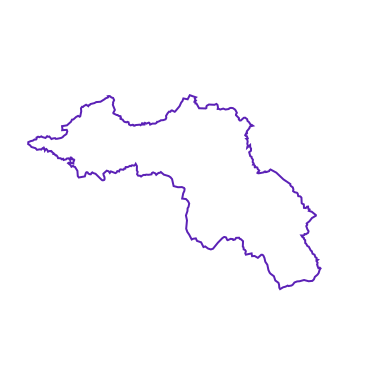 Chu Pah, Gia Lai, Vietnam, rotated 228°
{"feature_id": "81297802B21786246689715", "entity_name": "Chu Pah", "entity_type": "district", "adm_level": 2, "iso_a3": "VNM", "parent_name": "Vietnam", "parent_adm1": "Gia Lai", "projection": "mercator", "projection_center": [108.007, 14.222], "detail": "fine", "context": "isolated", "style": "outline", "palette": "violet", "viewbox_px": 384, "rotation_deg": 228, "n_neighbors": 0, "source": "geoboundaries", "source_scale": "gbopen_adm2", "svg_char_len": 6092}
<svg xmlns="http://www.w3.org/2000/svg" viewBox="0 0 384 384"><g transform="rotate(228 192 192)"><path d="M338.6,103.7L337.2,102.3L335.2,102.9L332.9,102.8L329.3,105.0L327.1,105.0L325.4,107.7L324.4,108.3L324.5,110.3L323.6,110.6L323.9,111.5L322.4,111.2L321.3,110.5L321.6,111.7L321.4,112.5L319.7,112.5L318.3,112.0L317.8,113.5L316.8,114.7L316.3,114.5L315.8,114.9L314.9,114.7L313.7,115.1L313.0,114.4L312.2,115.2L310.5,115.1L310.0,115.8L308.2,115.7L306.8,115.1L304.9,117.0L303.6,117.0L303.0,118.4L301.7,118.0L300.5,120.3L300.6,121.4L299.6,122.8L297.5,122.8L297.2,123.6L297.4,124.2L298.5,124.4L298.8,124.9L298.2,125.4L296.0,125.2L295.4,125.9L294.6,125.9L293.5,123.7L292.6,122.9L294.6,121.5L295.7,121.7L295.4,120.7L296.3,119.8L296.3,119.2L293.2,119.7L291.4,119.3L291.0,121.1L289.8,121.2L288.9,121.8L284.4,121.0L280.3,117.8L278.5,117.6L275.3,122.8L277.1,125.7L277.3,126.8L276.5,127.5L274.9,127.3L273.3,128.1L272.9,128.7L273.4,130.3L273.2,131.1L272.3,131.2L270.1,132.5L261.6,133.0L260.7,133.2L260.1,133.9L259.7,134.9L260.1,135.7L261.6,136.9L263.7,137.6L264.9,138.4L264.9,142.9L263.2,143.9L261.2,143.7L261.6,145.5L257.3,147.7L257.0,148.9L257.5,150.5L256.0,151.6L256.7,152.7L256.8,153.8L254.4,156.0L254.7,157.3L254.0,158.1L254.9,159.4L253.5,160.9L252.9,163.5L252.0,164.0L252.0,165.3L250.3,166.7L250.2,167.9L250.6,169.0L248.1,168.4L244.9,165.4L243.3,165.1L242.0,163.1L240.2,162.9L238.8,164.3L237.6,164.5L237.4,166.5L236.9,167.7L235.8,168.7L235.7,169.4L233.8,171.3L232.2,173.7L232.9,174.9L232.6,176.2L230.3,177.2L228.7,176.9L228.6,179.9L227.8,180.8L227.7,182.2L223.7,182.7L219.5,185.3L217.3,185.9L214.9,185.8L208.7,182.3L204.9,184.8L202.4,187.8L200.3,188.8L199.3,188.6L197.9,187.0L196.9,184.6L193.7,180.3L190.8,182.8L187.8,182.9L185.3,182.2L183.3,179.5L182.8,177.8L180.9,175.9L178.6,171.8L174.3,169.3L168.6,163.1L165.4,161.8L162.3,161.4L156.9,160.0L156.5,161.5L155.0,163.8L152.3,163.0L148.5,165.1L143.4,163.7L142.7,165.4L139.2,166.1L136.7,167.6L135.8,169.7L137.0,177.3L137.4,183.5L137.2,185.4L136.7,186.2L135.4,186.9L132.9,186.1L132.3,186.3L131.3,189.4L129.7,190.8L129.0,190.5L128.6,190.7L127.9,192.3L128.4,194.1L126.5,196.4L125.3,196.1L124.5,196.7L121.3,197.0L117.4,193.2L116.5,193.3L114.8,192.0L113.6,192.6L112.3,192.5L111.8,192.2L110.8,190.6L109.4,190.1L106.5,195.2L104.1,193.7L102.6,195.7L99.0,196.9L99.0,201.5L98.2,202.3L97.1,202.5L94.5,201.7L91.1,199.8L87.5,199.3L82.9,196.6L80.0,195.7L78.6,195.7L74.6,196.5L70.5,194.7L66.7,195.5L64.9,194.7L62.4,192.8L60.9,192.5L60.2,196.0L59.1,198.1L58.4,200.5L57.5,200.8L55.9,203.4L55.7,204.9L56.2,207.6L55.2,210.3L53.7,212.2L51.6,216.4L47.6,219.0L45.4,222.0L45.5,224.1L46.7,226.5L46.6,230.0L47.0,231.8L48.8,234.8L49.2,236.4L50.3,236.3L50.9,235.0L53.1,235.8L53.6,236.3L54.3,236.3L55.4,238.0L57.4,238.3L57.4,240.2L58.6,239.4L59.7,240.5L61.1,240.1L63.4,241.1L65.5,240.3L67.8,241.4L69.0,241.1L73.2,242.2L74.6,241.6L77.2,242.2L78.3,242.0L80.5,243.9L81.8,243.7L83.0,244.4L84.4,243.9L86.5,244.2L85.2,245.6L84.9,246.6L85.4,247.5L84.4,248.4L84.0,251.0L84.9,252.4L87.1,252.8L90.2,254.1L90.5,255.7L91.9,256.2L91.7,259.8L92.4,263.7L91.5,268.1L91.9,268.6L97.2,267.8L99.8,266.2L100.4,267.7L101.7,267.2L103.5,268.5L104.1,267.7L103.9,265.8L105.3,264.6L108.0,266.8L109.5,266.1L110.4,266.1L114.5,269.5L115.5,269.6L116.3,269.5L117.8,268.2L120.2,269.5L121.2,269.5L123.2,268.1L125.0,267.7L126.1,269.1L128.0,270.0L130.3,269.5L131.4,269.7L132.1,270.4L140.2,268.4L150.0,267.6L156.2,265.4L156.3,264.3L155.9,263.3L157.0,260.7L157.4,260.2L157.7,260.5L158.1,260.3L158.7,259.5L158.6,258.4L160.7,254.9L161.6,253.7L162.4,253.4L162.7,254.2L162.4,254.8L162.9,256.3L165.1,256.2L166.5,256.9L167.5,256.3L168.3,255.2L168.7,255.3L169.3,256.3L170.8,256.3L171.5,255.7L172.0,257.0L173.6,257.1L175.3,258.9L177.3,259.1L178.3,259.8L179.7,259.3L183.3,261.1L183.2,263.4L184.7,264.9L186.3,265.2L188.0,266.6L188.0,262.7L188.5,263.3L188.5,264.1L191.0,265.5L192.1,267.0L193.9,268.1L195.2,268.0L194.6,269.3L196.7,270.1L197.7,269.5L198.6,269.5L199.3,271.4L198.8,271.6L198.8,272.2L200.4,273.3L201.0,277.4L201.5,277.9L201.8,279.2L200.5,281.6L201.9,281.3L202.8,280.6L205.8,281.1L207.7,280.8L209.2,281.7L211.7,281.2L212.5,280.1L212.5,276.1L213.3,275.3L214.7,275.4L215.4,276.3L219.7,276.1L220.3,276.7L220.8,278.3L223.4,279.0L224.6,279.1L227.0,278.5L228.5,277.2L229.2,275.8L229.1,274.8L230.9,272.1L233.1,271.0L234.4,268.2L235.9,267.5L236.5,266.7L237.6,268.0L239.6,269.2L241.1,269.1L241.8,267.0L245.7,263.1L246.2,260.7L245.8,259.8L244.8,258.9L244.9,258.1L249.5,253.3L254.6,254.5L255.5,253.8L256.4,254.6L257.4,254.1L257.8,254.9L257.5,256.1L258.4,256.1L259.7,256.7L259.7,258.3L265.4,255.1L263.8,250.8L267.3,248.2L266.0,245.8L265.7,243.8L264.1,240.2L263.1,233.2L263.2,232.8L266.1,231.7L266.4,231.0L266.1,229.6L267.1,228.7L266.8,226.5L265.9,223.6L264.3,222.5L263.7,221.0L264.6,218.8L266.2,216.7L266.3,215.5L267.1,213.3L267.5,213.0L267.1,211.7L267.4,210.5L269.3,208.4L270.1,206.0L271.9,206.6L272.4,206.4L273.4,203.8L274.9,203.3L274.8,202.5L274.0,201.8L275.2,200.4L275.8,200.6L276.0,201.3L276.5,200.9L276.0,199.9L276.0,198.5L277.0,198.2L279.4,195.0L279.6,193.8L280.4,193.1L280.8,193.4L281.6,193.0L282.6,191.0L284.3,190.4L286.3,191.5L287.4,190.9L287.6,190.0L288.9,189.0L290.1,188.6L292.2,188.9L294.2,187.8L294.9,188.3L294.8,188.9L296.2,189.6L297.8,188.3L298.9,188.3L299.7,187.5L303.0,186.2L303.5,186.5L304.6,189.6L309.8,191.5L310.5,192.6L311.4,193.3L312.4,195.6L314.7,196.3L316.1,195.4L318.2,195.1L318.9,194.5L319.4,193.7L318.6,193.6L318.5,192.8L319.5,190.2L319.4,189.4L320.3,184.4L322.9,181.0L323.4,178.9L325.3,175.4L325.1,174.1L325.6,173.2L325.2,172.4L327.7,171.7L328.2,169.3L328.2,167.8L328.9,167.3L328.5,165.5L326.1,163.7L323.1,159.7L323.1,158.9L324.8,158.3L325.3,156.1L325.3,152.4L326.1,151.2L325.2,149.2L325.2,143.7L327.9,139.5L325.6,137.9L324.8,136.9L322.0,140.5L320.5,139.9L319.1,137.4L319.5,134.1L319.3,132.5L319.8,130.8L321.8,127.4L322.7,126.3L323.6,126.3L324.8,124.6L325.4,123.0L328.7,123.1L329.3,122.0L330.4,121.7L330.2,119.3L333.2,117.4L334.1,117.3L334.9,115.2L336.1,114.6L336.5,112.9L335.5,112.2L335.4,111.1L336.4,110.1L336.7,108.0L337.7,106.3L338.6,103.7Z" fill="none" stroke="#5b21b6" stroke-width="2"/></g></svg>